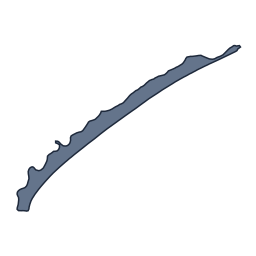 Ilha Comprida, São Paulo, Brazil (Natural Earth projection), rotated 6°
{"feature_id": "56859067B13489548048326", "entity_name": "Ilha Comprida", "entity_type": "district", "adm_level": 2, "iso_a3": "BRA", "parent_name": "Brazil", "parent_adm1": "São Paulo", "projection": "natural_earth1", "projection_center": [-47.71, -24.863], "detail": "fine", "context": "isolated", "style": "filled", "palette": "slate", "viewbox_px": 256, "rotation_deg": 6, "n_neighbors": 0, "source": "geoboundaries", "source_scale": "gbopen_adm2", "svg_char_len": 2777}
<svg xmlns="http://www.w3.org/2000/svg" viewBox="0 0 256 256"><g transform="rotate(6 128 128)"><path d="M27.7,221.6L30.6,221.4L31.8,221.2L33.2,221.1L34.4,221.1L35.9,221.2L37.3,220.7L37.9,218.9L37.9,217.2L38.1,215.7L38.4,213.8L38.8,212.2L39.1,210.8L39.6,209.5L40.2,207.9L41.1,206.2L42.2,203.9L43.5,201.7L45.6,198.2L47.5,195.3L50.9,190.4L52.5,188.2L55.6,184.0L58.2,180.7L64.2,173.8L68.2,169.5L69.2,168.4L70.5,167.1L73.0,164.4L74.3,163.2L77.3,160.1L82.0,155.5L86.1,151.5L89.8,147.8L95.7,142.3L101.2,136.8L107.6,130.7L116.5,122.8L117.7,121.7L120.2,119.5L124.2,115.9L130.7,110.2L133.4,107.9L138.2,103.5L142.0,100.1L145.7,96.7L153.4,90.5L158.5,86.2L162.3,83.3L165.0,81.2L167.5,79.3L169.1,78.0L170.5,76.9L171.5,76.2L172.9,75.2L174.4,74.1L175.7,73.2L176.7,72.5L178.1,71.5L179.7,70.5L181.6,69.2L183.5,67.8L185.5,66.6L187.5,65.2L188.6,64.5L190.7,63.0L191.9,62.2L194.5,60.6L197.8,58.5L200.5,56.9L202.3,55.7L203.4,55.1L211.8,50.1L222.0,43.8L227.1,40.6L228.3,39.6L228.9,38.0L231.4,35.7L230.2,34.4L227.1,35.2L225.7,34.8L224.4,35.1L223.0,36.4L220.9,37.9L219.4,39.6L217.5,42.0L216.3,43.5L214.8,45.3L212.3,47.0L209.2,48.5L206.8,50.2L204.7,50.8L201.7,50.8L198.2,49.8L194.2,48.6L193.0,48.1L190.6,48.5L188.6,49.1L186.4,49.6L184.2,50.1L182.8,50.2L179.2,51.3L178.2,52.9L177.7,54.5L176.1,57.5L174.9,58.9L173.3,60.1L171.1,61.8L169.7,62.5L168.3,63.6L166.8,64.5L165.2,65.4L162.2,67.0L161.5,68.2L160.3,69.7L158.8,71.2L157.6,71.7L154.2,72.9L153.0,73.3L151.7,74.2L149.6,75.5L148.4,76.7L146.9,77.2L145.5,78.0L144.3,78.6L143.4,79.6L141.8,81.2L139.7,83.8L137.9,85.3L136.6,85.9L135.0,87.7L133.6,89.1L131.9,90.0L130.8,91.1L129.4,92.5L127.8,93.8L126.3,95.5L125.3,97.0L124.4,98.4L122.3,101.2L121.1,102.9L120.1,103.9L118.8,104.7L117.1,105.5L116.1,106.5L114.7,107.4L113.4,108.2L112.1,109.2L110.1,110.8L107.8,112.2L105.5,113.1L103.4,113.8L99.7,114.2L99.2,116.1L98.1,118.3L97.2,119.6L96.0,121.0L94.6,122.7L92.8,123.7L90.7,124.6L89.4,125.1L88.1,126.2L87.5,127.6L86.7,129.2L85.3,131.9L83.2,135.5L81.6,136.7L79.8,137.2L78.7,137.7L77.5,138.2L76.0,139.2L74.1,140.4L72.3,141.8L71.8,143.7L72.2,146.1L71.9,148.5L71.4,149.8L70.4,151.1L69.1,152.1L67.6,152.5L65.4,152.5L62.6,150.8L61.5,149.7L60.3,148.8L59.0,148.5L57.4,148.6L57.6,150.3L59.9,151.0L61.6,151.9L61.9,154.4L61.2,156.7L59.9,158.2L58.3,158.7L56.4,159.0L55.3,160.2L53.7,161.6L52.4,162.5L50.9,164.4L51.0,167.5L50.7,169.5L49.6,172.7L48.0,176.6L46.0,178.7L44.9,179.4L43.6,179.8L40.7,179.3L39.6,178.3L38.6,177.3L37.4,176.6L36.0,176.9L34.7,177.9L33.8,179.4L33.3,181.7L33.7,184.1L34.4,186.5L34.8,188.8L34.3,191.4L33.8,194.5L33.1,196.4L31.7,198.1L30.1,198.9L28.7,199.5L27.0,200.5L25.6,201.8L24.7,203.4L24.6,205.3L25.3,206.8L26.4,208.5L26.8,210.7L26.8,213.6L26.8,215.3L26.6,216.7L26.2,218.7L26.2,220.4L27.7,221.6Z" fill="#64748b" stroke="#1e293b" stroke-width="1.5"/></g></svg>